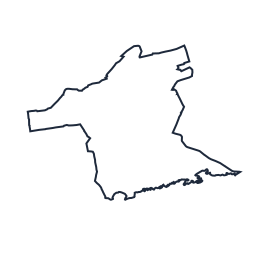 the district of Audriņu pag., Rezeknes, Latvia, rotated 343°
{"feature_id": "27541924B86594333268472", "entity_name": "Audriņu pag.", "entity_type": "district", "adm_level": 2, "iso_a3": "LVA", "parent_name": "Latvia", "parent_adm1": "Rezeknes", "projection": "equal_earth", "projection_center": [27.249, 56.587], "detail": "fine", "context": "isolated", "style": "outline", "palette": "slate", "viewbox_px": 256, "rotation_deg": 343, "n_neighbors": 0, "source": "geoboundaries", "source_scale": "gbopen_adm2", "svg_char_len": 5823}
<svg xmlns="http://www.w3.org/2000/svg" viewBox="0 0 256 256"><g transform="rotate(343 128 128)"><path d="M216.6,204.5L216.9,204.3L222.4,202.8L221.7,202.4L217.0,200.7L215.8,200.1L215.1,199.6L205.8,188.4L202.0,185.1L198.3,182.2L196.6,180.5L193.3,176.1L193.2,176.1L190.2,171.6L189.6,170.9L188.4,170.0L179.4,163.8L178.6,163.1L178.0,162.2L175.8,156.4L175.8,155.7L177.0,152.3L176.9,151.6L176.4,150.4L175.7,149.7L171.7,147.3L169.4,145.6L175.3,138.8L178.6,134.6L179.2,133.9L179.9,132.7L182.2,130.7L183.6,128.9L183.3,128.7L185.3,127.0L187.8,124.1L187.1,121.5L186.0,114.4L185.7,113.0L185.5,111.6L185.3,110.6L185.3,109.6L185.2,109.6L185.3,109.5L185.0,107.8L184.9,106.4L183.4,104.5L182.3,104.8L181.2,104.3L183.3,102.2L184.7,101.2L185.5,100.2L188.9,97.8L192.2,97.6L201.4,97.6L204.4,97.0L204.8,95.8L205.9,93.6L206.5,91.1L205.3,88.9L204.6,88.0L195.6,89.3L195.2,88.4L195.3,88.2L194.7,87.4L194.1,87.3L192.4,86.3L193.4,85.8L193.8,85.2L193.9,84.9L193.6,84.1L193.6,83.1L198.2,83.1L199.9,83.3L200.6,83.0L200.7,82.4L201.1,82.3L206.1,82.3L206.2,75.1L206.3,73.8L206.3,70.9L206.1,67.6L206.1,67.4L205.9,65.6L197.6,66.6L191.3,66.4L186.3,65.9L181.9,65.6L179.3,65.6L173.5,64.0L172.7,64.9L159.9,64.0L159.8,63.9L159.9,63.0L163.4,58.6L163.0,53.6L162.9,53.3L162.5,52.8L161.7,52.3L157.7,51.5L149.4,54.0L142.6,57.2L144.6,58.5L139.4,61.7L135.5,62.6L133.8,64.0L129.6,66.9L124.2,70.1L123.4,70.7L122.8,71.4L123.3,72.0L123.3,72.4L123.2,72.6L121.3,73.2L122.1,74.4L122.1,74.6L116.9,74.8L113.6,76.1L107.3,75.2L106.3,75.2L105.4,75.4L102.4,75.6L101.3,76.9L100.4,76.9L99.1,77.0L97.2,77.8L95.8,78.1L95.2,78.7L94.9,78.9L91.9,77.9L91.0,76.9L90.9,76.6L90.7,76.2L86.5,74.8L82.9,73.2L81.6,72.8L80.4,72.7L79.5,73.0L78.5,73.6L75.9,76.9L75.9,77.3L74.9,77.4L73.3,78.6L71.8,79.4L69.0,81.3L64.4,83.7L60.1,86.1L57.0,86.0L56.1,86.5L53.7,86.8L46.3,85.5L46.3,85.4L45.7,84.7L44.8,84.3L43.0,84.1L40.3,83.5L36.9,83.1L36.6,85.4L35.7,89.8L35.9,90.8L34.3,96.4L34.6,97.0L34.3,97.7L34.0,100.3L33.6,102.6L42.5,103.8L48.8,105.0L49.2,104.9L56.1,106.0L59.0,106.3L66.8,107.6L67.5,107.1L70.4,107.2L72.1,108.3L75.9,109.3L79.7,110.1L83.3,110.5L85.4,117.7L85.2,118.1L85.7,119.3L86.4,121.7L86.8,124.2L87.6,124.9L88.8,126.7L83.7,130.6L82.9,138.5L85.8,139.6L87.4,140.4L87.8,142.4L87.8,142.9L87.4,145.3L87.2,148.8L86.6,151.1L86.5,152.1L86.2,156.0L85.7,158.5L85.6,160.7L83.8,163.6L83.0,165.3L80.9,169.0L82.1,171.5L83.6,173.8L84.6,176.3L84.9,177.6L84.9,179.1L85.2,180.2L85.4,182.0L86.0,185.5L86.3,186.9L85.8,188.1L86.3,188.6L88.4,189.3L88.8,189.6L90.0,191.1L90.7,191.6L92.8,191.5L93.0,191.1L92.9,189.9L94.3,188.4L94.6,188.2L95.5,187.3L97.9,186.5L98.6,186.6L99.6,186.9L100.6,186.5L101.7,186.9L103.0,187.7L105.5,189.8L105.9,190.3L106.5,192.0L106.7,192.5L106.6,192.8L105.4,194.0L104.9,194.3L104.2,195.5L104.5,195.8L106.2,195.5L107.7,195.4L109.3,195.5L110.8,195.9L113.7,195.9L114.3,195.4L114.5,194.3L115.1,193.3L115.5,191.9L116.6,191.8L117.6,192.0L118.4,192.4L119.5,192.3L120.5,192.6L121.5,192.7L122.3,192.3L123.9,192.1L124.1,191.9L124.3,191.0L124.6,190.8L124.9,190.7L125.8,190.8L126.1,191.1L126.2,191.3L125.3,192.6L125.1,193.0L125.4,193.3L125.9,193.1L127.2,191.9L127.5,191.4L128.2,191.4L128.8,191.6L129.1,191.8L128.9,192.2L128.5,192.5L128.4,192.9L128.5,193.1L129.3,193.0L130.2,192.3L130.7,192.2L130.8,192.3L131.0,192.6L130.9,193.1L131.0,193.4L131.5,193.7L131.8,193.5L132.0,193.0L132.2,192.0L132.4,192.0L132.6,192.0L133.1,192.5L133.7,192.9L133.9,193.2L133.9,193.7L134.6,194.4L134.8,194.5L135.9,193.7L136.6,193.3L137.0,193.2L137.4,193.3L138.5,194.1L140.0,194.4L140.3,194.6L140.6,195.0L141.0,195.1L141.6,195.1L142.7,194.8L142.6,194.6L141.4,194.6L140.8,194.4L140.7,194.2L140.6,193.7L140.8,193.5L141.7,193.5L142.5,193.2L143.0,193.4L143.3,193.9L143.7,194.0L143.9,193.9L144.3,193.0L144.5,192.8L145.3,192.6L145.5,193.3L145.9,194.3L146.9,195.0L147.1,195.4L147.3,195.6L148.0,195.5L147.8,195.3L148.0,194.8L150.0,194.8L149.9,194.5L149.4,194.5L149.2,194.3L149.2,194.2L149.7,194.0L150.1,194.5L150.5,194.6L151.4,194.2L151.6,193.9L151.6,193.7L151.9,193.5L153.2,194.0L153.8,193.4L154.3,193.2L155.3,193.3L156.0,193.0L156.3,193.5L156.2,193.9L155.4,193.9L154.8,194.3L155.7,194.7L156.1,194.8L156.8,194.5L157.4,193.9L158.7,193.5L159.3,193.5L160.4,194.0L161.1,194.0L161.4,193.7L161.0,193.2L160.9,193.0L161.0,192.8L161.3,192.7L162.1,192.8L162.5,193.1L163.0,193.3L163.9,192.9L164.5,192.9L165.6,193.5L166.5,193.6L167.5,194.1L168.3,194.3L169.5,194.3L170.1,194.7L170.6,195.3L170.5,195.6L170.0,195.7L169.6,195.7L168.5,195.1L167.8,195.2L166.2,196.9L164.8,198.0L164.8,198.3L164.9,198.8L165.1,199.0L166.0,199.0L167.1,198.4L168.2,198.1L168.8,198.3L169.1,199.1L169.6,199.1L172.6,198.2L173.1,197.7L173.2,197.2L173.6,197.1L174.1,197.3L174.6,197.8L174.6,198.2L174.2,198.7L174.2,199.0L174.4,199.3L174.9,199.5L176.1,199.5L178.5,198.7L181.6,199.3L181.9,199.6L181.7,199.8L178.7,199.9L178.2,200.1L178.0,200.4L178.4,200.9L179.1,201.1L181.2,201.2L182.9,200.8L183.5,200.4L183.6,200.2L183.1,199.6L183.0,199.3L183.1,198.2L183.1,197.5L182.8,197.4L180.8,197.1L180.2,196.8L179.9,196.4L179.9,196.1L180.4,195.9L181.6,195.9L181.9,195.6L181.9,195.3L181.6,194.8L181.1,194.4L180.1,193.8L178.9,193.3L178.6,192.8L178.7,192.7L180.3,192.0L184.4,191.0L185.5,190.8L186.0,190.6L187.0,190.6L188.1,191.2L188.7,191.3L189.4,191.2L190.8,190.5L191.4,190.5L191.6,190.7L191.8,191.2L191.8,192.5L189.7,193.5L189.3,193.9L189.4,194.3L189.7,194.7L190.4,195.0L192.7,194.7L193.4,194.8L193.4,195.2L193.0,196.1L193.1,196.4L194.3,197.7L195.0,198.2L196.9,198.9L197.5,199.0L198.1,198.8L200.7,199.3L202.7,200.4L204.7,200.2L205.0,200.4L205.8,201.2L206.7,201.5L208.8,201.6L209.1,201.2L208.7,200.6L208.8,200.2L209.1,199.9L209.5,200.0L209.9,200.3L210.5,201.1L211.0,201.4L211.5,201.5L212.9,201.4L213.3,201.6L213.5,201.7L213.5,202.2L213.7,202.5L214.1,202.7L215.1,202.9L216.5,202.8L216.8,203.0L217.0,203.3L216.9,203.7L216.5,204.3L216.6,204.5Z" fill="none" stroke="#1e293b" stroke-width="2"/></g></svg>